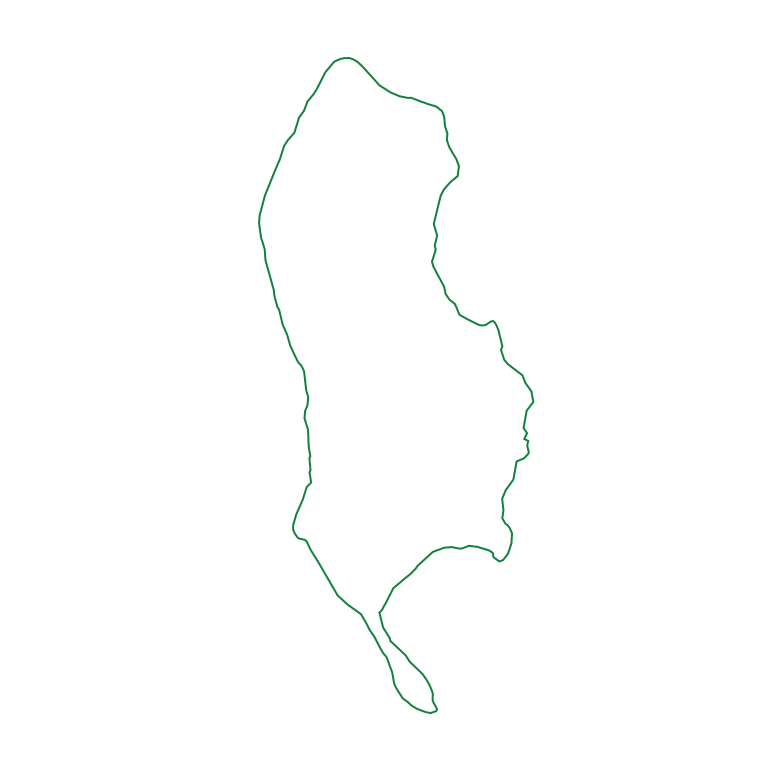 the district of Rota, Rota, Northern Mariana Islands, rotated 286°
{"feature_id": "39175420B64217482742742", "entity_name": "Rota", "entity_type": "district", "adm_level": 2, "iso_a3": "MNP", "parent_name": "Northern Mariana Islands", "parent_adm1": "Rota", "projection": "mercator", "projection_center": [145.199, 14.155], "detail": "fine", "context": "isolated", "style": "outline", "palette": "green", "viewbox_px": 768, "rotation_deg": 286, "n_neighbors": 0, "source": "geoboundaries", "source_scale": "gbopen_adm2", "svg_char_len": 3392}
<svg xmlns="http://www.w3.org/2000/svg" viewBox="0 0 768 768"><g transform="rotate(286 384 384)"><path d="M80.2,512.7L80.2,515.2L80.3,517.2L80.4,519.1L81.3,520.6L82.5,522.3L83.4,523.6L84.0,524.4L85.9,524.6L88.3,522.6L90.9,519.8L93.3,518.0L96.3,517.1L99.6,516.4L101.7,515.0L105.4,512.2L108.6,509.4L111.1,506.7L115.7,501.2L124.2,485.2L128.3,480.6L129.1,479.7L138.6,461.2L141.4,459.4L141.5,459.4L147.7,452.4L149.6,450.3L163.0,442.6L166.2,444.4L169.0,444.9L169.9,445.0L172.9,445.9L189.1,449.0L190.2,449.2L203.2,457.9L209.1,462.1L213.0,464.1L213.3,464.3L215.2,465.3L218.8,466.6L232.1,474.8L236.0,477.2L237.6,479.3L243.4,487.3L246.0,494.4L246.1,496.2L246.2,498.8L246.5,500.7L247.0,503.8L251.9,510.3L253.2,518.7L253.0,530.5L252.3,533.3L251.3,535.5L247.7,536.9L245.2,543.8L247.7,547.1L247.8,547.1L255.1,550.0L266.4,550.4L269.2,549.7L275.9,548.2L276.7,547.5L280.2,544.5L282.2,541.9L283.3,539.1L287.6,534.7L295.7,533.6L301.0,531.4L306.3,529.2L315.5,530.3L327.8,534.7L345.5,532.9L346.2,532.9L351.1,539.1L356.4,541.8L358.2,542.0L364.2,538.7L369.1,538.3L369.8,534.0L376.2,535.1L380.1,530.3L396.7,528.6L397.7,528.5L407.9,532.5L415.8,528.6L416.1,528.5L417.5,527.8L421.0,523.4L424.2,519.4L424.4,519.3L430.5,514.7L436.9,498.3L439.1,494.8L440.4,492.9L449.2,487.0L451.6,487.3L452.8,487.4L467.6,479.0L471.8,475.5L473.9,473.2L474.6,471.6L473.7,469.7L472.0,468.2L468.7,465.5L467.3,462.3L466.9,459.0L469.7,444.1L469.8,443.9L471.3,437.5L475.3,434.3L478.2,432.1L478.5,431.7L480.6,429.9L483.1,423.7L485.2,421.2L487.4,418.6L489.5,417.4L494.1,415.0L498.2,411.0L504.3,405.0L510.7,398.9L514.9,396.4L526.7,396.7L527.2,396.8L531.1,394.6L540.6,394.2L541.8,394.0L547.2,390.4L551.6,387.7L580.5,386.6L587.6,388.0L596.1,392.0L604.2,397.5L614.1,396.0L620.4,391.3L622.2,389.3L629.6,381.5L630.7,380.7L636.0,377.1L642.0,376.0L648.7,371.6L652.5,370.1L657.0,368.4L659.4,366.7L662.4,364.5L663.5,361.5L664.9,358.6L665.2,355.3L665.2,352.4L665.2,348.0L665.3,347.8L665.6,345.1L665.6,342.5L666.6,331.2L665.6,328.3L664.9,319.9L666.0,310.1L669.8,297.4L674.5,289.9L683.2,275.9L686.4,269.7L687.6,264.7L687.8,261.0L686.7,257.3L686.3,255.9L684.4,252.5L682.5,250.0L679.9,247.2L667.3,241.6L663.5,240.9L650.3,238.4L650.1,238.4L643.4,236.5L634.5,232.6L624.7,231.8L616.5,228.9L600.7,228.6L592.5,224.6L585.5,222.4L584.3,222.3L571.4,222.0L566.2,221.3L557.2,220.2L544.8,218.9L532.2,217.6L511.4,218.0L503.6,219.8L491.2,225.3L480.6,232.2L477.5,233.3L470.4,235.9L443.2,252.6L439.0,254.1L436.5,255.6L428.8,260.2L426.3,262.8L412.9,270.4L405.1,277.0L395.2,283.2L391.6,286.3L386.3,290.9L381.5,295.2L380.7,296.3L380.5,296.7L379.3,298.8L377.3,301.0L374.1,303.7L368.4,306.1L356.8,310.8L355.5,311.6L350.4,314.8L342.3,316.3L336.3,315.6L329.8,316.9L329.2,317.0L319.0,323.6L302.8,329.0L294.3,333.1L292.2,332.7L280.9,337.1L278.8,336.7L269.2,341.1L263.6,338.1L250.9,337.8L234.3,335.6L223.7,335.6L221.0,336.1L218.4,337.1L215.8,339.4L213.7,341.9L213.1,342.5L212.4,343.8L212.0,345.3L212.2,347.0L212.2,348.0L212.3,349.2L212.2,351.4L210.9,353.6L204.6,358.9L195.1,369.5L167.9,397.8L161.9,409.9L158.7,418.9L156.3,425.5L149.6,432.4L148.2,433.9L144.1,437.5L138.3,444.5L133.3,449.2L129.4,452.9L128.4,453.9L124.8,457.7L122.4,461.5L121.0,462.6L118.0,464.8L113.9,467.8L109.0,471.4L101.6,475.0L99.1,476.2L95.6,479.0L93.5,481.3L88.2,487.3L87.1,488.5L84.6,495.0L82.9,498.2L81.1,504.1L80.9,505.5L80.5,508.1L80.4,510.6L80.2,512.7Z" fill="none" stroke="#15803d" stroke-width="2"/></g></svg>